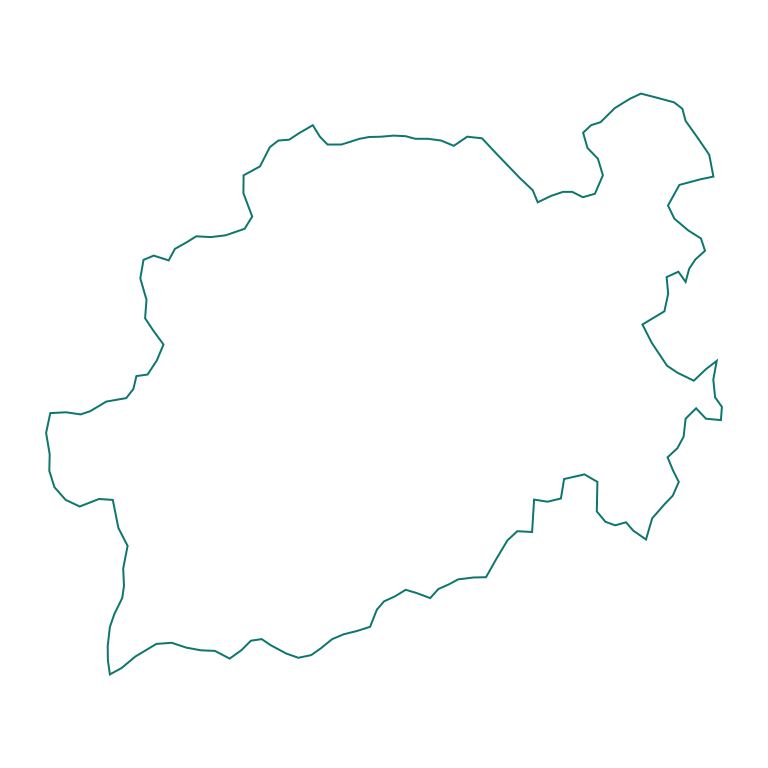 Cesário Lange, São Paulo, Brazil
{"feature_id": "56859067B87642891823012", "entity_name": "Cesário Lange", "entity_type": "district", "adm_level": 2, "iso_a3": "BRA", "parent_name": "Brazil", "parent_adm1": "São Paulo", "projection": "equal_earth", "projection_center": [-47.895, -23.217], "detail": "fine", "context": "isolated", "style": "outline", "palette": "teal", "viewbox_px": 768, "rotation_deg": 0, "n_neighbors": 0, "source": "geoboundaries", "source_scale": "gbopen_adm2", "svg_char_len": 2213}
<svg xmlns="http://www.w3.org/2000/svg" viewBox="0 0 768 768"><path d="M674.2,102.4L656.5,97.6L640.9,93.6L629.7,98.9L614.9,108.0L600.5,122.2L591.1,125.2L583.1,132.7L587.5,148.0L597.9,158.7L602.9,175.3L594.9,193.8L582.9,197.2L572.3,191.9L562.9,191.9L551.1,195.9L537.7,202.3L532.8,190.3L520.0,178.2L508.2,165.9L496.8,154.1L482.0,138.3L467.2,136.7L453.8,145.8L441.0,140.5L428.0,138.8L415.3,138.8L405.7,136.2L393.7,135.6L381.1,136.7L369.1,137.0L359.5,138.8L341.5,144.5L327.5,144.5L319.9,136.7L312.8,125.2L299.0,133.2L289.2,139.7L278.4,140.5L269.8,147.2L260.0,166.4L243.6,175.3L243.4,193.2L252.2,216.5L244.6,228.8L225.6,235.3L210.9,237.1L196.3,236.3L187.1,242.0L174.9,248.9L168.7,260.4L153.7,255.6L143.5,259.9L140.3,278.4L146.5,299.8L145.1,318.3L153.3,330.6L163.5,344.5L156.9,360.3L147.6,374.5L136.4,376.1L133.4,389.0L126.2,398.1L106.2,401.6L90.2,411.2L80.6,414.4L66.1,412.3L50.3,413.1L46.1,432.9L49.7,454.3L49.3,470.9L54.5,487.3L65.7,499.9L79.7,506.5L99.0,499.0L112.8,499.9L118.4,528.0L127.6,545.9L123.2,568.4L124.0,585.8L122.2,598.1L114.4,613.9L109.9,627.0L107.7,646.0L107.9,660.5L109.9,674.4L121.6,668.0L135.4,656.5L156.4,643.9L171.8,642.8L186.2,647.6L200.9,650.3L214.9,650.9L229.7,658.6L241.5,650.1L250.9,640.7L261.7,639.1L270.7,645.2L286.2,653.5L298.4,657.8L311.2,655.1L321.0,648.2L332.2,639.1L343.6,634.3L356.9,631.0L370.1,626.8L376.9,609.6L384.1,601.3L394.7,596.5L405.7,589.8L416.5,593.0L430.2,598.1L438.4,589.0L449.2,584.2L458.0,579.4L473.4,577.5L486.0,577.2L496.4,558.8L507.5,540.3L517.3,531.2L532.1,532.0L534.1,499.6L547.5,501.7L560.9,498.5L564.1,479.0L584.5,474.4L597.4,481.9L596.8,511.4L605.4,521.8L615.2,525.3L626.0,522.3L633.2,530.6L646.0,539.5L652.2,518.3L664.4,504.4L672.8,495.6L678.8,481.9L673.2,470.9L667.6,457.3L677.4,448.2L683.6,436.7L685.6,418.7L696.1,408.3L705.9,418.7L720.9,420.1L721.9,406.9L715.1,397.3L713.3,379.6L716.7,360.9L705.9,369.2L693.8,380.7L677.4,372.7L667.0,365.7L651.8,342.9L642.4,324.5L664.4,311.3L668.2,293.7L666.6,277.1L678.4,271.7L685.6,281.9L689.2,268.7L695.4,259.4L705.0,250.8L701.0,238.5L688.2,230.4L674.4,218.7L668.0,205.5L679.4,184.9L700.4,179.3L713.4,176.6L709.2,154.7L698.0,138.3L685.6,120.9L682.4,108.8L674.2,102.4Z" fill="none" stroke="#0f766e" stroke-width="2"/></svg>